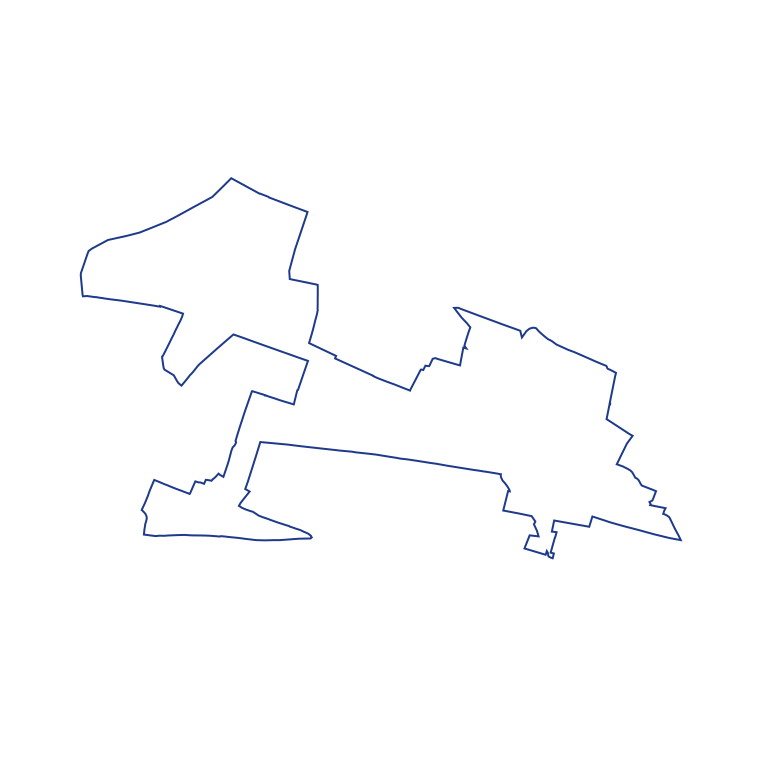 Cuautitlán, México, Mexico, rotated 278°
{"feature_id": "50627088B95274717279759", "entity_name": "Cuautitlán", "entity_type": "district", "adm_level": 2, "iso_a3": "MEX", "parent_name": "Mexico", "parent_adm1": "México", "projection": "robinson", "projection_center": [-99.166, 19.705], "detail": "fine", "context": "isolated", "style": "outline", "palette": "blue", "viewbox_px": 768, "rotation_deg": 278, "n_neighbors": 0, "source": "geoboundaries", "source_scale": "gbopen_adm2", "svg_char_len": 6111}
<svg xmlns="http://www.w3.org/2000/svg" viewBox="0 0 768 768"><g transform="rotate(278 384 384)"><path d="M222.1,333.8L222.5,333.2L223.1,332.8L223.4,332.8L224.1,331.8L225.3,329.6L226.0,327.2L226.6,324.9L227.6,321.9L227.9,320.5L228.4,317.3L229.0,314.5L229.7,310.4L230.1,309.9L230.6,306.5L231.2,303.1L231.5,301.3L231.9,298.8L233.1,293.0L233.6,290.5L234.2,288.0L235.3,282.1L236.3,278.0L237.8,275.0L239.2,272.0L239.6,269.2L240.5,264.7L241.5,260.9L243.1,257.3L246.0,258.4L249.7,260.5L253.2,262.6L258.8,265.9L260.7,261.2L268.0,262.7L273.2,263.6L295.7,267.4L309.3,269.6L310.6,296.9L310.8,309.8L311.3,327.8L311.8,344.0L311.9,349.0L312.5,361.2L312.4,365.8L312.8,377.8L313.0,385.8L312.7,399.8L312.6,406.5L312.4,410.7L312.6,417.6L312.6,420.6L312.5,428.4L312.3,440.2L312.3,441.2L312.3,447.0L311.9,457.7L311.5,478.9L311.4,483.8L311.4,486.8L311.4,490.0L311.3,494.6L311.3,497.2L311.3,498.4L311.2,502.1L311.2,502.9L311.1,507.0L311.0,510.0L310.9,511.7L310.9,512.3L309.9,512.2L308.7,512.6L307.5,513.1L306.5,513.8L305.4,514.5L304.4,515.4L303.6,516.4L302.3,517.9L299.7,520.5L297.4,522.3L296.2,523.1L295.2,523.5L295.2,521.8L275.3,519.7L274.5,536.3L274.0,544.1L273.7,548.6L268.9,553.0L265.9,552.0L259.9,555.9L254.6,558.3L254.4,549.3L240.7,546.0L237.4,567.8L241.2,568.5L239.5,569.8L239.0,570.0L237.0,570.5L236.3,570.9L235.7,571.9L235.2,573.8L234.9,575.3L239.8,575.8L240.2,572.5L255.7,574.6L255.8,574.8L257.1,575.0L257.8,575.1L261.3,575.5L261.2,570.8L272.5,571.5L271.2,607.1L281.8,608.8L279.5,621.8L278.6,626.5L278.0,631.0L277.8,632.2L276.6,641.1L274.8,656.7L272.8,672.1L271.2,688.1L270.7,699.6L271.3,699.2L274.4,697.2L278.3,694.3L282.2,691.5L286.0,689.0L288.4,687.4L291.2,685.5L292.3,684.3L292.4,683.9L293.1,682.7L293.9,680.4L294.2,678.6L295.6,678.8L297.7,679.2L300.2,680.1L301.1,664.4L302.1,664.8L303.5,663.7L304.1,663.3L305.9,665.9L306.7,666.2L315.7,668.3L316.7,664.6L319.3,653.5L320.7,652.1L322.6,650.8L323.9,649.8L324.8,648.8L325.5,647.8L325.9,646.7L326.0,646.0L329.5,643.4L331.3,641.9L332.6,640.1L333.4,638.3L333.7,637.6L335.6,632.1L336.9,625.7L347.7,629.2L358.7,632.8L367.3,637.4L368.7,633.8L375.0,620.4L380.2,609.3L395.5,610.2L395.4,610.7L396.4,610.7L396.5,610.2L401.5,610.5L423.7,611.8L426.1,612.1L427.3,612.2L429.6,605.9L430.0,604.1L430.3,603.3L431.1,602.7L432.5,602.0L432.9,601.5L433.1,600.8L433.8,597.9L435.6,591.0L439.4,577.6L442.2,567.5L443.4,561.8L447.1,549.3L449.7,544.5L450.0,543.9L451.4,539.8L453.7,536.0L457.6,530.1L460.3,527.0L460.6,525.5L460.5,524.7L460.5,524.3L460.5,523.9L460.3,523.2L460.0,522.5L459.6,521.6L459.1,520.5L458.5,519.9L458.1,519.5L457.5,518.9L456.2,517.7L449.3,514.1L455.7,511.5L459.9,491.3L460.0,490.9L460.9,486.9L461.3,485.0L461.9,482.2L463.5,474.9L464.7,469.4L467.7,455.9L468.5,452.1L469.1,449.7L469.8,446.8L469.1,442.9L465.2,446.8L460.3,451.9L455.8,457.6L452.1,461.6L448.4,460.8L446.5,460.4L440.4,459.4L440.1,459.3L433.1,458.3L430.7,460.5L431.1,457.5L418.3,456.9L413.0,456.7L413.3,454.2L416.3,433.4L416.8,431.2L415.7,428.7L415.3,428.6L408.1,426.3L407.9,426.0L407.9,422.5L403.3,420.9L403.5,418.8L403.3,418.4L394.7,415.4L381.8,410.8L381.1,410.7L382.5,404.8L384.0,398.6L384.9,394.9L387.0,385.1L389.1,376.2L390.3,372.3L390.6,372.3L395.9,354.4L402.5,332.0L403.3,332.1L405.1,332.7L409.6,318.4L414.1,304.1L414.7,304.2L424.2,305.6L429.7,306.3L435.6,306.9L436.9,307.0L440.5,307.5L444.3,307.9L447.6,308.1L449.7,307.7L453.3,307.3L457.6,306.7L465.3,305.7L472.9,304.6L473.0,304.5L474.8,276.1L482.8,274.4L494.0,275.8L505.2,277.2L519.0,279.8L542.1,284.1L543.7,284.3L548.3,263.6L552.7,244.2L552.9,244.0L553.2,243.7L553.3,243.3L555.3,234.7L555.1,234.4L560.0,221.4L566.5,204.1L555.9,196.1L545.4,188.0L532.1,170.0L526.7,162.8L518.6,151.9L518.2,151.2L513.8,145.2L513.3,144.1L505.2,130.1L499.9,120.8L495.2,109.4L488.2,90.6L477.5,76.0L474.6,73.0L471.3,72.2L451.4,68.4L448.9,68.7L430.7,73.0L428.9,73.7L429.8,77.6L429.8,81.0L429.8,84.8L429.9,86.5L430.0,88.3L429.8,90.2L429.9,91.9L429.9,93.7L429.8,95.4L429.8,97.3L429.8,99.1L429.8,100.8L429.8,102.6L429.9,104.4L429.8,105.7L429.9,106.0L430.0,113.1L429.9,120.8L429.8,127.1L429.7,136.0L429.6,143.7L429.4,151.5L430.1,151.4L429.7,154.0L425.7,175.2L422.4,174.7L418.2,173.5L413.4,171.8L411.6,171.3L409.2,170.4L403.8,168.8L400.1,167.5L394.2,165.6L389.8,164.1L385.3,162.6L381.3,161.2L380.1,160.4L376.2,161.5L372.0,162.7L369.2,163.6L367.7,164.6L366.4,167.6L363.4,174.6L358.3,178.5L356.2,180.4L354.2,183.7L357.6,185.8L361.7,188.3L365.7,190.6L368.8,192.9L375.8,197.0L377.8,198.4L384.1,203.8L395.5,213.5L404.0,220.9L412.1,228.0L411.1,233.1L410.1,238.1L408.2,247.1L405.4,260.6L402.0,277.2L397.9,297.4L396.3,305.5L382.5,302.8L366.2,299.7L365.7,299.0L351.2,297.5L351.8,293.9L352.7,287.9L353.5,282.9L354.3,278.8L356.1,268.5L356.1,268.3L356.3,268.4L358.6,254.4L358.2,254.2L342.7,251.1L339.2,250.4L332.8,249.2L328.5,248.5L322.6,247.4L317.7,246.6L314.9,246.1L310.1,245.4L308.3,245.1L306.8,244.9L305.8,245.7L304.7,245.4L303.7,245.1L302.8,244.8L301.8,244.2L301.0,243.6L300.5,243.1L297.8,242.4L296.2,242.1L290.3,241.4L286.0,240.9L282.5,240.3L269.7,237.9L270.4,236.3L271.0,234.6L272.2,232.6L268.3,230.0L265.3,227.2L264.9,227.2L264.2,226.7L264.4,222.5L264.4,222.2L264.3,221.6L264.3,220.9L260.1,219.7L260.9,216.3L260.9,215.3L260.8,214.8L260.8,213.8L261.0,212.7L261.3,210.7L259.5,210.2L257.7,209.7L254.5,208.8L251.2,207.9L248.9,207.2L248.1,206.9L248.8,203.8L250.4,196.9L250.5,196.2L251.3,192.7L252.2,188.8L253.4,184.3L253.7,183.0L253.9,182.1L254.2,180.7L254.6,179.2L256.1,173.6L257.0,169.8L249.8,167.9L247.1,167.2L246.3,167.0L245.1,166.7L244.7,166.6L243.3,166.3L242.0,166.1L240.1,165.7L239.8,165.6L235.8,164.6L232.3,163.7L229.2,162.7L225.5,161.6L225.2,162.2L223.9,163.8L223.4,164.5L222.4,165.6L222.2,165.8L220.9,166.7L219.7,167.3L218.8,167.6L217.6,167.8L215.4,167.6L212.0,167.1L210.1,167.1L206.4,167.0L201.5,167.2L201.5,169.2L201.6,179.0L202.5,182.6L203.1,187.5L204.0,191.6L205.5,199.8L206.8,207.5L207.0,210.3L207.4,215.3L208.1,220.5L209.0,227.7L209.5,232.7L209.9,239.2L210.1,242.7L210.5,243.2L210.7,244.8L210.8,247.6L211.0,254.5L211.3,260.8L211.4,270.3L211.6,279.0L212.6,287.8L214.0,296.3L214.9,302.6L218.9,321.0L220.8,332.8L222.1,333.8Z" fill="none" stroke="#1e3a8a" stroke-width="2"/></g></svg>